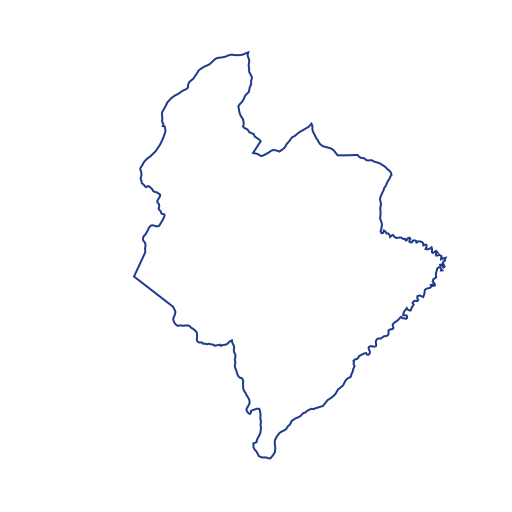 outline of Cláudia, Mato Grosso, Brazil, rotated 36°
{"feature_id": "56859067B53705910959372", "entity_name": "Cláudia", "entity_type": "district", "adm_level": 2, "iso_a3": "BRA", "parent_name": "Brazil", "parent_adm1": "Mato Grosso", "projection": "natural_earth1", "projection_center": [-55.012, -11.48], "detail": "fine", "context": "isolated", "style": "outline", "palette": "blue", "viewbox_px": 512, "rotation_deg": 36, "n_neighbors": 0, "source": "geoboundaries", "source_scale": "gbopen_adm2", "svg_char_len": 6153}
<svg xmlns="http://www.w3.org/2000/svg" viewBox="0 0 512 512"><g transform="rotate(36 256 256)"><path d="M318.1,111.0L316.7,109.7L315.0,108.8L313.8,108.6L310.5,108.4L307.9,107.9L301.6,108.3L295.8,110.2L293.3,110.5L290.4,112.9L288.8,113.6L286.2,113.3L283.1,114.9L281.4,115.1L278.7,114.6L271.7,120.1L262.9,126.6L257.1,124.9L255.0,124.8L253.2,125.0L245.4,127.9L242.2,127.8L240.3,127.2L237.1,125.7L235.6,125.3L228.5,121.6L227.0,120.2L225.2,117.7L223.1,116.4L222.7,120.5L218.1,130.8L216.8,136.1L215.5,138.5L215.3,140.8L215.4,143.4L215.0,147.7L215.4,150.1L215.4,151.8L215.0,153.4L213.6,157.7L210.9,158.5L207.9,159.8L206.2,162.4L205.7,164.3L203.4,169.2L202.3,171.1L201.2,172.2L197.5,172.5L195.6,173.2L193.1,174.4L192.5,164.6L192.4,160.5L190.4,159.9L184.8,160.1L182.4,158.7L178.6,159.7L177.2,159.6L175.6,158.9L174.1,158.7L171.0,159.3L169.2,158.7L168.9,157.3L168.0,155.7L165.4,153.3L163.8,152.5L161.4,151.7L157.9,149.4L156.0,147.3L153.7,145.3L153.6,143.8L153.8,141.1L154.1,139.8L153.9,137.1L153.7,135.3L153.1,133.4L153.2,130.3L153.8,127.6L151.7,123.0L151.5,121.2L150.9,119.6L149.0,117.1L148.5,115.3L147.7,113.8L142.6,111.2L141.2,109.9L139.8,107.7L138.3,106.6L135.8,102.0L134.8,101.0L132.5,99.6L131.2,98.5L130.0,95.8L126.7,101.1L125.3,102.7L120.9,105.9L118.3,107.2L116.9,108.4L115.5,110.3L114.3,112.4L112.3,114.8L108.8,118.0L107.9,119.1L107.2,120.7L105.8,127.6L105.3,129.0L102.9,133.2L101.1,137.5L100.5,140.2L100.8,142.1L101.1,149.3L99.8,154.2L100.0,156.3L100.8,158.0L101.7,159.2L101.9,160.7L101.1,162.7L99.5,165.5L97.7,170.8L96.1,173.8L94.7,177.9L94.0,183.6L94.7,187.7L95.6,194.9L96.5,196.5L99.5,199.9L100.4,201.6L101.5,202.8L103.5,203.7L104.2,205.7L105.9,204.8L106.9,205.6L108.8,207.6L109.7,208.9L111.5,214.8L112.9,222.0L113.2,229.0L113.2,230.5L111.9,237.7L110.7,241.2L110.2,244.4L110.2,247.1L110.6,249.0L110.8,252.6L111.4,254.0L113.9,255.6L115.8,257.8L117.0,261.1L119.1,262.5L120.9,264.3L123.3,264.3L125.4,265.0L126.8,264.7L127.4,263.1L128.4,262.5L132.7,262.9L134.4,263.8L136.2,263.7L138.8,262.7L142.4,262.7L143.3,264.4L143.6,268.5L144.2,270.3L147.1,271.2L148.6,272.7L149.0,274.1L149.8,275.3L153.0,276.0L154.1,277.0L155.2,277.2L156.7,276.3L158.0,276.6L158.6,278.0L159.2,280.8L159.9,288.5L158.3,290.4L154.3,291.9L153.0,293.3L152.8,296.2L153.6,300.3L153.9,304.1L153.5,305.6L154.0,308.0L155.7,309.8L158.2,310.4L159.5,311.4L160.7,312.8L161.8,315.1L164.2,318.0L169.4,344.3L218.6,345.8L221.1,347.0L223.8,348.7L225.0,351.8L225.9,355.4L227.0,356.6L228.9,357.8L230.8,358.4L232.6,358.7L233.9,358.4L235.1,356.9L238.3,355.1L239.7,353.7L242.3,351.9L243.9,351.7L245.7,352.2L247.5,351.9L251.1,352.1L253.1,352.7L255.4,355.4L256.4,356.9L257.0,358.1L258.0,359.1L259.4,359.6L261.0,359.3L263.1,357.7L264.6,358.1L266.6,356.8L268.1,356.3L269.5,354.6L271.4,354.0L273.5,352.8L275.4,352.9L276.3,351.7L277.8,350.4L279.0,348.9L280.4,349.4L281.3,347.6L282.8,346.3L284.1,344.9L284.6,343.1L285.0,340.5L286.1,338.4L287.4,339.8L291.3,342.0L292.4,343.2L293.2,345.0L294.7,346.6L297.2,347.9L298.4,349.3L299.9,352.5L301.2,353.5L302.3,354.8L302.7,356.2L304.3,358.3L308.0,360.7L310.9,362.9L312.9,363.8L314.9,363.8L316.7,363.1L319.3,364.7L320.0,366.2L323.5,370.7L326.0,372.3L328.0,372.9L330.9,374.5L333.0,375.2L335.0,376.3L336.1,377.2L337.4,379.2L337.8,381.1L338.1,384.9L338.6,386.1L340.1,386.9L342.1,387.6L343.9,387.4L344.0,385.9L343.0,384.2L344.5,381.8L346.6,378.9L348.4,377.8L349.7,378.5L353.0,381.8L355.2,385.1L357.4,387.0L358.6,389.4L361.5,392.8L363.7,397.0L364.8,404.1L365.8,406.4L364.0,409.2L366.8,412.5L369.2,413.6L371.1,413.8L376.0,416.2L377.4,415.9L379.3,415.4L383.0,412.8L384.7,412.5L386.5,411.4L386.9,407.3L386.5,403.4L384.7,400.3L380.8,395.9L379.6,394.0L378.9,389.9L379.0,385.8L379.5,383.9L380.9,381.2L382.2,378.3L381.9,376.4L382.0,374.3L382.5,372.8L382.4,370.9L381.9,369.5L381.9,368.1L383.3,364.4L385.5,360.7L386.1,358.9L386.5,355.5L388.0,353.3L388.4,351.2L390.0,348.0L390.8,346.9L392.7,345.9L393.6,344.2L398.3,338.0L398.6,330.7L400.4,325.9L401.4,321.4L400.8,315.8L402.5,309.5L401.6,303.8L402.2,300.7L403.2,299.3L403.6,297.7L402.6,295.3L402.2,292.7L401.2,290.8L400.5,287.2L398.3,285.9L397.7,284.3L396.5,283.6L396.9,281.4L398.2,280.0L398.5,278.2L398.3,276.1L400.6,271.5L402.1,269.8L403.9,270.5L405.0,269.8L405.3,267.9L404.3,266.4L401.4,264.6L400.8,263.4L401.4,262.0L402.6,261.0L404.0,260.4L405.3,259.5L406.0,258.3L405.3,257.0L403.9,255.7L403.0,254.5L402.8,252.5L403.5,250.7L405.4,249.6L406.6,245.9L408.1,244.4L409.2,242.9L409.0,241.0L407.7,239.4L406.9,238.0L407.9,236.4L409.5,234.7L409.4,233.3L407.8,232.2L406.7,230.8L407.3,227.9L408.3,225.6L408.7,223.3L408.8,221.7L409.2,219.9L411.2,220.2L412.6,219.2L414.3,218.7L414.6,217.3L413.7,216.0L412.4,215.7L411.1,216.7L409.7,217.2L408.8,215.1L408.4,213.5L408.7,211.5L408.6,209.5L409.7,210.0L411.3,210.1L413.1,209.3L412.2,205.2L412.1,202.6L410.2,201.9L410.3,199.8L411.2,198.6L412.9,197.8L413.1,196.3L411.6,195.6L410.2,193.8L411.5,191.7L415.4,190.9L414.4,187.6L412.6,184.3L413.0,182.5L415.5,179.4L415.9,177.3L414.5,176.8L415.5,175.2L417.2,175.8L418.0,174.7L417.1,173.6L413.9,172.6L413.1,170.7L414.3,167.5L412.0,164.7L410.0,159.6L410.6,157.7L412.1,157.0L410.1,154.9L411.2,153.7L414.4,155.1L414.8,153.7L411.2,151.7L410.9,150.0L411.6,148.6L410.7,147.8L410.4,146.0L408.7,148.0L407.6,149.9L406.9,148.8L406.3,147.1L403.7,147.3L402.6,148.9L401.5,149.7L400.6,148.8L399.8,147.3L400.9,146.5L398.7,146.0L397.3,149.5L396.1,149.5L394.2,146.7L392.9,145.8L392.1,148.3L391.0,149.7L389.1,150.7L388.6,148.3L387.3,146.8L386.2,147.4L385.2,149.1L383.8,147.5L381.8,147.1L378.7,148.6L377.9,150.8L376.6,149.7L375.1,150.1L373.7,151.5L374.2,153.0L373.0,154.3L371.6,154.3L370.9,153.0L370.7,151.2L369.1,151.1L368.3,152.6L368.7,154.3L368.1,155.4L366.4,154.5L365.3,155.7L362.4,155.8L358.8,159.0L356.3,159.1L354.5,158.4L353.7,159.9L353.3,161.8L351.8,160.5L349.5,160.1L348.3,161.1L346.3,160.1L344.5,160.2L345.2,162.6L344.3,163.7L342.3,162.9L341.6,160.8L339.5,156.6L338.4,155.5L334.4,152.7L331.5,147.9L328.6,144.6L327.8,143.2L327.2,141.4L326.2,140.1L323.0,137.3L322.1,135.3L320.9,130.3L320.7,128.1L319.8,125.9L319.8,123.8L318.7,118.1L318.5,114.6L317.9,112.6L318.1,111.0ZM413.5,157.6L414.2,159.0L415.2,158.1L413.5,157.6Z" fill="none" stroke="#1e3a8a" stroke-width="2"/></g></svg>